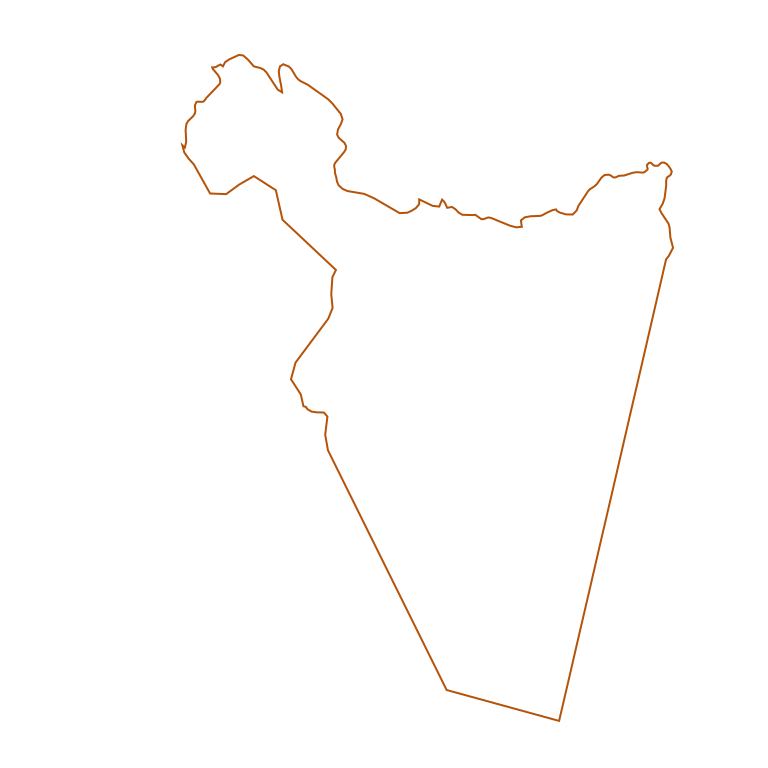 outline of Kagera, rotated 103°
{"feature_id": "TZA-3360", "entity_name": "Kagera", "entity_type": "Region", "adm_level": 1, "iso_a3": "TZA", "parent_name": "United Republic of Tanzania", "parent_adm1": "", "projection": "albers", "projection_center": [30.807, -1.99], "detail": "fine", "context": "isolated", "style": "outline", "palette": "amber", "viewbox_px": 768, "rotation_deg": 103, "n_neighbors": 0, "source": "natural_earth", "source_scale": "10m", "svg_char_len": 2631}
<svg xmlns="http://www.w3.org/2000/svg" viewBox="0 0 768 768"><g transform="rotate(103 384 384)"><path d="M111.0,176.9L108.8,175.4L108.4,173.9L109.1,172.4L110.0,171.0L110.5,169.5L109.7,166.1L106.0,163.6L105.2,160.9L106.0,158.1L107.9,155.4L109.9,153.3L110.2,153.0L112.2,151.4L115.3,151.6L117.2,152.9L118.5,154.3L119.9,154.9L122.9,154.7L127.6,153.6L140.2,152.4L145.6,153.0L151.6,154.9L154.8,152.3L163.8,142.8L167.4,140.9L176.9,137.9L186.3,133.0L195.1,135.3L199.1,137.2L215.3,137.2L261.1,137.2L306.9,137.2L312.2,137.2L352.7,137.3L398.5,137.3L444.3,137.3L488.7,137.4L490.0,137.4L535.9,137.4L581.7,137.5L627.5,137.5L672.9,137.6L668.1,254.1L461.2,423.7L446.6,429.9L428.5,431.8L425.3,436.2L426.8,443.5L427.2,448.4L425.7,453.1L423.9,454.9L423.8,457.5L412.9,462.7L400.3,475.7L383.0,475.0L332.9,453.0L321.5,451.2L308.3,455.6L291.6,458.3L283.7,456.5L246.8,519.8L219.5,533.0L210.7,557.6L222.2,569.9L234.5,580.5L237.5,596.3L212.9,618.6L208.3,625.1L203.3,630.7L196.7,634.2L198.4,631.2L192.5,631.2L180.9,634.5L175.1,635.0L171.8,634.0L166.0,630.2L163.0,629.1L159.9,629.3L157.4,630.3L154.8,630.9L151.5,630.2L150.8,629.1L150.1,625.0L149.4,623.5L148.4,622.8L145.1,621.4L128.8,611.7L126.8,611.4L123.3,612.6L120.4,615.1L115.4,621.9L114.2,622.5L114.2,622.4L113.1,619.3L111.0,617.1L109.5,615.2L110.7,612.4L106.1,611.2L102.3,607.6L96.1,599.5L95.5,595.2L98.4,589.7L103.8,582.3L103.9,575.9L104.7,572.1L106.7,568.8L121.1,553.7L122.7,548.9L117.0,551.1L108.0,555.1L102.8,556.9L97.9,556.8L95.1,554.1L96.1,548.0L98.1,544.9L104.1,539.2L106.5,536.1L107.6,533.5L109.6,525.5L119.1,502.5L122.4,497.2L130.7,486.7L135.5,483.9L140.9,484.6L146.3,486.1L151.5,485.8L154.3,483.5L157.9,476.8L160.7,474.5L164.0,474.1L166.6,474.9L179.7,481.4L181.7,481.8L184.0,481.2L185.8,480.2L189.3,479.3L193.2,477.1L197.4,475.3L200.6,472.9L203.2,468.2L204.2,463.1L203.2,446.0L205.4,435.0L214.0,407.2L211.9,399.9L209.2,396.3L205.4,392.5L200.9,390.2L196.2,391.2L199.5,376.7L198.7,370.1L191.3,368.9L192.5,366.9L194.0,365.2L198.1,362.1L196.2,357.6L197.6,353.7L200.1,350.0L201.5,345.8L199.5,335.7L198.6,333.1L201.5,326.2L200.9,323.9L198.6,320.5L198.1,319.2L198.2,316.5L201.4,296.8L201.6,290.4L199.8,285.1L193.8,287.4L189.9,284.3L187.5,278.7L185.1,269.7L184.0,267.8L180.9,264.4L176.7,258.9L175.2,255.7L176.6,254.2L177.4,251.3L177.8,244.8L176.4,238.2L171.5,235.3L166.6,234.6L150.1,228.5L147.8,227.1L144.1,223.5L141.4,221.6L134.1,218.6L130.8,216.2L129.5,212.2L129.7,210.3L130.3,208.8L130.9,207.7L131.1,207.0L130.6,204.9L128.3,201.9L126.8,196.8L122.3,189.3L120.8,185.6L119.8,179.2L118.7,177.6L115.6,175.4L114.6,175.7L113.0,176.6L111.0,176.9Z" fill="none" stroke="#b45309" stroke-width="2"/></g></svg>